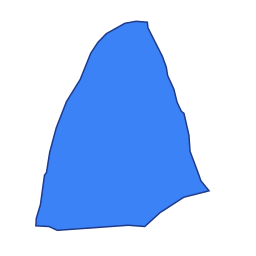 the district of San José Chacayá, Sololá, Guatemala, rotated 4°
{"feature_id": "79465075B53734633338650", "entity_name": "San José Chacayá", "entity_type": "district", "adm_level": 2, "iso_a3": "GTM", "parent_name": "Guatemala", "parent_adm1": "Sololá", "projection": "albers", "projection_center": [-91.228, 14.774], "detail": "fine", "context": "isolated", "style": "filled", "palette": "blue", "viewbox_px": 256, "rotation_deg": 4, "n_neighbors": 0, "source": "geoboundaries", "source_scale": "gbopen_adm2", "svg_char_len": 571}
<svg xmlns="http://www.w3.org/2000/svg" viewBox="0 0 256 256"><g transform="rotate(4 128 128)"><path d="M99.8,35.4L92.0,44.7L85.6,56.1L77.0,82.8L64.8,105.9L56.4,132.9L51.6,157.5L49.8,178.1L48.0,180.8L46.0,210.5L42.8,224.6L42.9,228.8L42.9,232.0L56.1,231.8L64.6,235.0L135.0,225.0L151.6,225.1L165.7,210.3L188.4,193.2L213.2,185.0L204.3,175.5L201.3,168.4L191.5,146.9L189.3,131.0L182.8,109.5L180.0,107.6L175.1,98.8L171.1,86.2L163.9,73.0L161.9,64.5L157.2,54.0L140.9,26.7L139.9,21.1L128.6,21.0L117.5,23.8L99.8,35.4Z" fill="#3b82f6" stroke="#1e3a8a" stroke-width="1.5"/></g></svg>